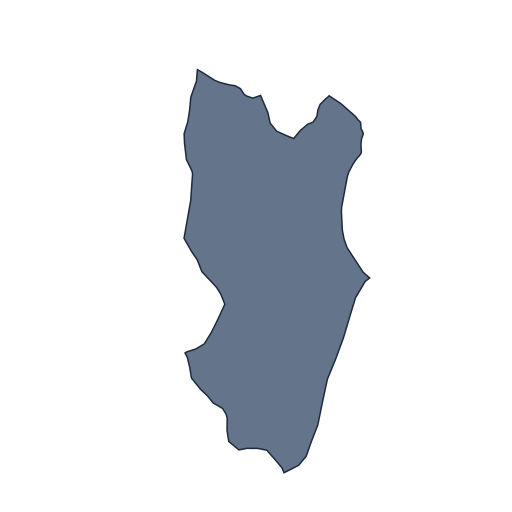 the Municipality of Misratah, rotated 31°
{"feature_id": "LBY-2970", "entity_name": "Misratah", "entity_type": "Municipality", "adm_level": 1, "iso_a3": "LBY", "parent_name": "Libya", "parent_adm1": "", "projection": "natural_earth1", "projection_center": [15.024, 30.913], "detail": "fine", "context": "isolated", "style": "filled", "palette": "slate", "viewbox_px": 512, "rotation_deg": 31, "n_neighbors": 0, "source": "natural_earth", "source_scale": "10m", "svg_char_len": 1452}
<svg xmlns="http://www.w3.org/2000/svg" viewBox="0 0 512 512"><g transform="rotate(31 256 256)"><path d="M236.1,81.0L250.5,81.7L269.4,85.2L273.6,86.8L275.7,87.2L277.0,87.8L280.4,92.7L283.8,94.8L285.1,96.1L285.9,100.2L286.7,102.5L288.7,106.7L292.6,112.3L293.2,114.1L293.0,116.5L292.2,120.6L291.9,125.2L291.8,127.8L292.3,136.2L293.2,140.3L304.4,170.4L306.7,174.5L316.8,189.5L322.8,196.2L329.7,201.9L356.1,214.7L364.8,216.3L364.3,217.5L362.7,221.5L362.8,240.5L367.0,257.3L373.2,281.5L377.4,303.6L380.6,324.7L387.8,345.8L396.0,369.0L399.1,387.0L402.2,401.8L400.3,413.5L391.7,427.3L387.3,424.2L378.3,421.1L365.2,416.9L356.2,420.2L347.2,425.6L341.2,431.0L328.2,429.0L321.1,420.6L315.0,410.1L311.9,407.0L305.9,403.9L294.8,404.0L286.8,401.0L277.7,399.0L263.6,393.9L256.5,385.6L249.4,378.3L245.1,375.7L246.2,373.6L252.3,366.7L256.9,358.0L257.1,345.0L256.0,330.6L254.1,313.4L246.1,307.3L245.6,306.9L238.4,303.2L217.7,297.3L207.5,289.5L198.8,285.5L185.2,277.9L180.1,264.7L171.6,242.4L159.4,218.4L157.8,216.5L152.7,213.0L146.8,209.3L136.6,196.1L131.4,188.2L128.4,176.1L124.2,165.7L118.3,153.4L114.9,136.7L109.8,126.4L115.5,126.3L130.1,126.7L135.8,125.8L145.1,123.0L150.4,120.8L156.5,120.6L162.2,123.4L165.0,123.8L171.9,122.4L177.2,116.0L192.3,127.0L199.7,134.8L209.5,138.4L221.7,136.9L227.8,135.9L229.3,125.8L232.4,116.5L236.0,111.8L236.3,105.1L233.8,98.8L232.9,92.9L234.9,84.9L236.0,82.2L236.1,81.0Z" fill="#64748b" stroke="#1e293b" stroke-width="1.5"/></g></svg>